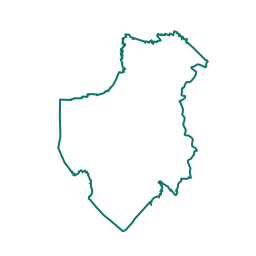 Yurécuaro, Michoacán, Mexico, rotated 99°
{"feature_id": "50627088B45879442922010", "entity_name": "Yurécuaro", "entity_type": "district", "adm_level": 2, "iso_a3": "MEX", "parent_name": "Mexico", "parent_adm1": "Michoacán", "projection": "robinson", "projection_center": [-102.23, 20.294], "detail": "fine", "context": "isolated", "style": "outline", "palette": "teal", "viewbox_px": 256, "rotation_deg": 99, "n_neighbors": 0, "source": "geoboundaries", "source_scale": "gbopen_adm2", "svg_char_len": 5594}
<svg xmlns="http://www.w3.org/2000/svg" viewBox="0 0 256 256"><g transform="rotate(99 128 128)"><path d="M50.0,59.7L49.8,60.0L48.9,60.5L48.9,61.3L48.9,61.9L47.8,63.3L38.8,75.7L34.7,81.9L34.8,83.4L33.1,83.6L33.1,84.3L31.1,83.8L31.6,86.5L29.9,87.7L31.5,88.8L29.0,89.6L29.1,92.0L27.6,91.7L27.7,92.5L26.9,92.8L26.8,94.4L25.8,94.6L25.3,97.4L29.1,97.9L28.2,101.4L30.0,101.6L29.7,103.3L29.6,104.0L29.2,105.9L30.6,106.2L30.3,108.0L30.7,108.2L30.8,108.4L30.5,109.7L31.1,109.7L30.8,111.9L30.7,111.9L30.5,113.1L32.1,113.7L36.1,109.6L36.5,109.5L37.5,112.4L37.8,112.4L38.0,112.9L38.7,113.2L38.5,115.5L40.9,116.5L39.5,118.3L38.6,117.7L37.8,118.4L38.8,119.3L38.8,119.7L40.4,120.6L40.3,121.5L39.8,121.4L39.7,121.6L39.8,123.4L39.9,123.7L39.9,124.4L40.0,125.0L40.5,124.9L39.9,125.7L39.6,128.5L38.3,136.4L39.3,136.6L39.3,136.9L39.2,137.3L38.3,137.1L37.8,139.7L35.6,141.5L36.0,145.0L38.2,144.0L38.6,144.8L39.3,145.7L39.7,146.0L39.8,146.5L40.0,146.5L40.5,146.3L40.7,146.6L40.6,147.2L40.7,147.3L40.8,147.2L41.0,146.6L41.5,146.9L41.9,147.0L42.5,146.6L43.2,146.9L43.7,146.7L43.8,146.3L44.2,146.3L44.8,146.7L45.3,146.7L45.5,146.5L45.4,146.3L45.6,145.4L45.3,144.8L46.1,143.8L46.5,143.8L46.6,144.5L46.9,144.8L47.4,144.6L47.8,144.7L48.0,145.2L48.5,145.0L48.9,145.4L49.5,145.7L49.9,146.3L50.5,146.4L50.8,146.9L51.0,146.7L51.5,146.6L51.7,147.2L52.0,147.3L52.2,147.1L51.9,146.0L52.1,145.7L52.5,146.0L53.1,145.1L53.7,145.3L54.1,146.3L54.4,145.8L55.0,145.9L55.3,145.4L55.6,145.4L55.9,145.8L56.1,146.6L56.6,146.6L56.8,146.4L56.7,146.2L56.4,146.2L56.4,145.9L56.7,144.9L57.1,144.8L58.1,145.1L58.4,145.5L58.6,145.4L58.6,144.8L59.3,144.5L59.7,144.6L60.1,145.4L60.1,145.0L60.7,144.8L61.0,145.6L61.2,145.4L61.7,145.6L63.1,145.0L64.3,144.1L64.9,143.8L65.6,144.0L68.7,142.7L69.4,141.1L70.0,140.3L70.3,140.2L70.8,140.4L70.5,141.8L71.9,142.0L73.2,140.9L74.0,142.4L74.4,143.0L74.2,145.2L74.3,145.4L74.5,145.6L76.3,146.0L78.4,146.7L79.9,146.8L81.0,147.1L87.0,149.0L91.3,151.6L91.2,151.9L94.5,153.3L94.2,154.0L94.2,154.3L94.4,154.5L95.0,154.7L95.1,155.0L94.9,155.3L95.0,155.6L95.3,155.9L95.8,156.0L96.4,156.8L97.3,157.1L100.4,163.9L99.8,164.2L99.7,164.6L100.2,167.3L99.9,168.2L100.3,169.2L100.4,170.5L100.6,170.8L101.0,171.2L100.7,172.6L100.8,173.0L102.4,173.4L102.7,172.9L102.9,173.0L103.2,172.9L103.7,173.1L104.0,173.5L103.7,174.3L103.8,175.4L104.0,177.0L104.3,178.2L104.6,178.4L105.8,178.3L106.3,181.0L107.0,185.7L107.3,186.2L107.7,186.3L108.7,188.8L109.2,188.7L110.6,199.5L126.2,197.3L146.7,193.5L158.7,193.7L172.2,185.1L177.1,179.9L178.8,178.2L180.0,177.3L179.9,176.2L180.7,176.2L181.4,175.9L181.5,174.2L182.0,174.5L183.1,174.4L183.1,173.0L182.1,171.9L181.2,170.5L180.9,170.4L180.6,170.0L179.7,169.4L179.0,169.7L178.7,169.7L178.0,168.7L177.2,167.8L177.3,167.6L177.3,167.2L178.6,166.0L178.1,165.8L177.4,164.5L177.4,164.3L176.9,163.9L178.4,162.5L177.8,161.7L178.7,160.9L179.0,160.9L179.3,160.4L179.7,160.0L180.5,160.1L180.8,160.0L183.0,158.4L184.7,157.7L185.0,157.3L185.2,156.6L185.7,156.4L186.2,156.4L187.0,156.0L187.8,156.0L188.2,156.1L188.6,156.6L188.9,156.0L190.7,155.6L191.8,155.1L192.8,155.0L193.3,154.9L194.0,154.0L194.4,153.8L194.9,153.6L196.4,153.5L197.6,153.2L197.7,153.3L199.9,153.9L201.0,154.5L201.9,155.7L202.2,155.9L204.0,155.6L204.6,154.3L211.5,146.5L214.7,142.3L217.2,139.3L219.0,136.5L222.2,130.8L230.7,117.0L229.3,114.5L220.8,109.0L218.1,107.6L217.1,107.5L216.5,107.1L212.2,104.1L198.4,95.2L199.6,93.5L197.8,93.9L197.2,93.8L197.2,93.3L196.5,93.3L195.9,93.1L193.8,92.0L192.8,91.2L191.8,89.7L191.1,88.2L190.9,87.5L191.5,86.7L189.6,86.3L188.9,85.6L188.7,86.2L187.5,86.1L187.8,86.0L187.8,85.3L187.0,85.0L185.7,86.0L184.9,84.3L184.4,84.5L184.0,84.7L183.8,85.5L183.0,85.2L181.5,84.8L180.7,85.3L180.1,85.3L179.8,86.0L179.3,86.0L179.4,86.4L178.6,87.0L178.1,87.4L177.1,89.2L176.3,88.6L176.1,88.7L175.9,89.3L175.6,87.4L176.1,86.6L176.6,87.0L179.6,79.6L179.0,80.1L179.4,79.5L180.7,78.6L183.8,75.6L181.5,76.5L184.0,74.2L184.4,73.3L184.7,73.0L185.1,72.8L185.7,72.3L186.4,71.4L186.9,70.5L186.7,70.2L184.4,69.2L182.6,69.7L182.4,70.8L180.9,70.3L180.4,70.0L179.0,69.5L176.2,69.6L174.8,69.4L174.0,68.9L172.6,67.5L172.3,67.3L169.7,67.3L169.4,66.6L169.6,66.0L169.5,65.3L169.2,64.0L169.3,63.5L169.0,62.0L168.9,61.5L168.5,61.1L167.2,60.3L167.1,59.4L167.1,59.1L167.3,58.8L167.5,58.8L167.5,58.6L167.3,58.2L162.7,59.8L161.4,60.0L160.0,60.2L158.9,59.9L158.1,60.0L157.2,60.4L156.3,61.2L155.5,61.6L153.7,62.6L152.7,63.4L151.4,63.7L150.8,63.7L150.0,63.1L148.4,60.9L147.2,60.3L145.2,59.5L144.0,58.6L143.5,58.5L142.1,58.8L141.1,58.7L140.7,58.5L140.4,58.4L140.1,57.8L139.8,56.7L139.5,56.5L139.3,56.6L138.7,57.0L137.9,57.7L137.4,58.4L136.8,59.6L136.1,61.3L135.7,61.8L134.7,62.1L133.0,62.3L129.6,62.1L127.9,63.2L126.3,66.3L126.1,67.3L126.1,70.0L126.0,70.5L125.7,71.0L125.1,71.1L122.9,70.5L121.3,70.6L120.0,71.1L117.0,73.4L115.7,74.0L114.0,73.9L111.8,73.5L110.6,73.5L109.6,73.6L108.6,74.0L107.9,74.6L107.3,75.5L106.6,76.2L106.3,76.5L103.7,76.4L102.0,76.5L100.5,76.8L99.6,77.3L97.1,78.7L95.1,80.0L94.3,80.8L93.5,81.1L93.1,81.0L92.9,80.9L93.0,80.3L92.7,79.9L90.5,77.5L89.5,76.6L88.6,76.4L87.9,76.5L87.7,76.6L87.5,77.0L87.6,78.7L87.5,79.3L87.4,79.7L86.7,80.5L85.3,80.4L83.8,80.2L81.6,80.8L80.6,80.9L80.2,80.7L79.9,80.4L79.8,79.6L79.1,79.1L77.1,78.6L75.3,78.2L74.8,78.1L73.6,77.2L73.3,76.8L73.4,75.8L73.1,74.3L72.8,73.9L70.6,72.1L69.8,71.9L68.5,70.9L67.8,70.6L65.8,69.8L63.7,69.3L62.3,69.4L61.7,69.7L61.5,70.0L59.5,73.9L59.1,74.4L58.5,74.8L58.2,74.9L58.0,74.7L57.6,74.1L57.3,73.2L56.9,72.4L54.6,69.7L54.3,69.3L54.2,68.9L54.4,66.6L55.8,61.7L55.9,61.0L55.5,60.6L54.8,60.3L53.1,60.8L51.5,60.6L50.0,59.7Z" fill="none" stroke="#0f766e" stroke-width="2"/></g></svg>